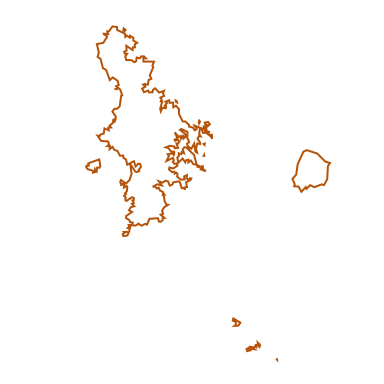 Aotea/Great Barrier Local Board Area, Auckland, New Zealand (orthographic projection), rotated 194°
{"feature_id": "76426892B55715625268474", "entity_name": "Aotea/Great Barrier Local Board Area", "entity_type": "district", "adm_level": 2, "iso_a3": "NZL", "parent_name": "New Zealand", "parent_adm1": "Auckland", "projection": "orthographic", "projection_center": [175.362, -36.123], "detail": "fine", "context": "isolated", "style": "outline", "palette": "amber", "viewbox_px": 384, "rotation_deg": 194, "n_neighbors": 0, "source": "geoboundaries", "source_scale": "gbopen_adm2", "svg_char_len": 6027}
<svg xmlns="http://www.w3.org/2000/svg" viewBox="0 0 384 384"><g transform="rotate(194 192 192)"><path d="M242.2,145.3L238.8,145.7L236.4,147.9L237.4,148.6L232.7,147.1L229.7,149.8L227.8,149.3L226.8,155.7L218.7,158.3L216.9,155.3L214.9,155.7L213.6,157.9L214.1,159.8L212.6,160.2L216.9,162.4L214.8,163.9L216.5,166.7L215.3,170.5L212.2,173.7L213.9,173.6L216.4,176.6L218.2,181.0L217.7,182.4L218.8,183.4L219.3,183.1L219.2,182.9L219.7,182.4L220.0,184.9L223.4,185.7L225.4,188.2L226.7,186.9L229.5,188.4L231.5,187.5L227.5,191.1L222.9,191.1L226.8,194.4L222.8,194.0L220.4,196.6L217.8,196.5L215.1,192.8L212.8,194.5L212.6,196.8L207.9,199.0L206.1,198.6L202.9,193.3L200.1,193.7L199.3,192.4L200.4,194.6L198.1,195.5L200.1,200.0L197.6,202.2L200.5,204.2L201.0,207.2L203.4,205.2L202.2,202.5L205.9,201.2L210.2,203.4L210.4,206.1L211.9,206.9L213.3,205.6L213.9,207.4L216.3,206.5L219.8,208.3L219.8,210.4L215.8,210.3L212.5,214.0L213.9,216.0L216.0,215.0L217.9,216.7L217.2,218.3L218.8,220.5L224.2,215.9L223.1,221.4L224.7,222.7L220.4,224.7L218.6,223.5L218.5,225.3L219.2,226.8L221.9,226.1L225.7,229.0L228.1,229.0L224.6,231.5L220.0,231.9L219.4,230.3L216.2,231.4L218.8,235.4L217.1,235.7L216.5,238.0L218.4,239.2L220.9,237.6L221.6,238.6L219.0,240.3L223.1,245.7L218.3,242.3L217.0,242.7L217.2,244.1L215.7,241.3L215.5,243.2L213.8,241.9L214.0,244.2L212.3,242.9L211.5,244.5L212.8,246.9L218.7,249.3L217.6,250.6L210.9,249.2L209.7,243.5L206.8,239.7L208.5,237.5L205.4,233.0L205.2,234.6L203.1,233.8L201.6,239.5L198.5,232.0L196.5,231.4L198.6,235.0L198.6,240.4L195.7,240.5L195.8,241.7L199.5,244.9L198.9,247.8L197.0,248.0L199.1,250.1L199.8,256.3L205.5,257.0L202.7,254.3L204.2,252.5L206.9,254.8L210.7,254.7L211.0,256.3L215.5,258.8L218.1,258.2L223.6,264.7L224.6,269.2L228.4,271.8L230.6,269.7L232.1,274.2L235.3,273.1L236.3,275.5L239.6,273.2L237.8,272.2L239.3,269.0L237.8,268.7L237.7,267.0L241.0,266.5L241.8,262.7L243.0,265.1L242.8,272.6L244.2,272.4L243.9,274.5L245.5,276.0L242.3,278.5L244.1,280.7L243.7,283.3L247.9,280.5L252.9,283.7L254.5,281.8L254.5,279.1L257.8,278.3L259.0,279.8L262.7,277.2L265.4,280.3L262.8,282.7L265.3,284.4L263.5,285.2L264.0,285.8L264.1,286.1L262.8,284.9L260.8,285.5L261.2,290.2L258.8,292.0L261.2,294.9L259.8,303.7L261.0,305.1L260.4,309.3L270.6,306.8L271.6,310.2L269.2,310.6L271.5,312.0L274.0,311.4L274.9,309.2L278.2,309.1L277.8,305.7L279.2,304.0L283.0,305.3L287.7,304.1L289.6,307.5L288.4,310.4L290.6,310.0L291.8,311.7L289.7,313.4L291.1,318.0L284.0,315.4L284.4,318.0L282.4,318.6L283.3,321.4L281.3,323.5L285.6,324.8L286.3,327.5L289.9,328.6L289.7,326.7L293.2,328.0L294.2,326.4L295.3,329.4L303.8,331.1L304.7,334.0L309.2,333.4L311.4,328.0L313.1,327.4L311.5,324.8L314.0,323.8L312.0,322.0L314.1,315.3L320.1,312.5L316.1,304.7L316.3,300.3L313.0,299.1L308.4,290.7L304.7,289.5L298.8,280.7L296.6,284.0L291.1,281.9L289.0,278.2L291.1,276.4L286.4,274.0L283.1,268.9L284.0,268.3L282.9,257.7L284.9,254.5L287.4,254.0L288.7,250.8L284.1,246.6L283.7,243.8L284.3,240.6L284.2,244.6L285.9,242.8L285.3,240.1L288.0,236.5L286.2,235.0L288.8,234.2L287.7,231.8L292.3,232.5L291.8,227.4L294.9,225.4L295.2,223.7L297.2,223.8L292.6,219.6L285.6,220.7L284.0,218.1L285.3,216.1L282.7,216.7L282.3,213.6L280.0,216.6L277.7,214.1L274.3,213.8L270.7,209.8L267.5,210.7L266.7,208.4L263.9,207.6L261.4,202.8L255.8,207.8L252.9,203.2L251.0,206.5L248.9,206.6L247.6,203.9L249.1,200.5L248.3,199.6L250.2,198.1L251.8,198.0L258.7,204.2L255.0,195.0L255.5,188.6L258.0,184.3L263.8,186.4L264.1,184.4L262.8,182.6L261.4,183.1L261.8,182.0L259.5,183.1L259.1,179.9L256.9,182.0L256.0,181.3L255.4,176.9L256.7,174.7L255.6,174.0L257.0,171.8L254.9,170.6L254.9,168.2L253.4,167.5L249.0,172.4L247.0,172.1L246.5,169.8L247.7,169.4L245.8,167.0L247.4,166.0L244.6,164.2L247.8,162.3L248.7,159.0L245.3,158.1L250.1,152.8L249.6,150.6L246.4,149.7L244.8,148.1L245.6,147.8L242.1,148.0L242.2,145.3ZM85.9,218.7L82.8,224.3L81.7,222.8L79.0,227.2L74.4,226.3L68.0,230.8L65.6,230.6L63.9,237.1L66.4,250.0L65.1,253.5L69.9,253.7L79.8,259.6L90.6,260.4L93.6,258.1L96.2,244.7L95.1,234.1L97.7,229.1L94.2,224.4L94.3,222.3L89.9,223.0L85.9,218.7ZM212.4,217.2L209.2,222.2L205.7,219.1L205.6,221.2L203.3,222.5L202.7,219.9L200.7,222.3L197.5,219.4L194.0,219.4L198.9,228.4L208.3,233.9L210.2,233.6L211.3,231.1L209.2,227.7L211.5,228.3L211.6,226.1L214.2,226.3L213.5,223.7L214.6,221.9L212.4,217.2ZM292.7,186.9L290.6,188.1L291.4,190.5L289.5,189.1L290.0,192.7L287.6,193.2L287.2,194.9L289.9,201.2L299.6,194.7L298.5,192.7L301.5,191.9L300.0,191.9L300.7,190.7L299.0,189.0L292.9,188.6L292.7,186.9ZM118.3,72.5L114.8,73.4L113.5,76.9L121.3,79.3L121.3,77.0L118.1,76.6L117.3,73.6L118.3,72.5ZM247.9,132.6L244.2,134.1L243.5,138.1L248.6,136.7L247.7,135.8L249.1,134.2L247.9,132.6ZM192.4,253.1L190.2,251.9L190.0,254.5L194.4,254.5L195.2,255.7L193.9,256.1L196.1,257.4L195.8,256.2L198.4,256.1L195.5,251.9L192.4,253.1ZM99.9,51.1L97.6,52.2L99.2,52.8L97.2,52.8L97.2,54.1L93.5,54.5L94.9,55.1L94.1,56.0L98.2,56.0L100.8,52.9L99.7,52.8L99.9,51.1ZM193.5,257.8L193.6,260.5L192.5,259.9L191.1,262.0L193.3,263.8L196.4,262.4L193.5,257.8ZM189.2,216.1L183.6,215.5L187.0,217.1L187.7,219.6L188.8,219.2L189.2,216.1ZM243.5,139.4L243.4,144.0L242.8,145.5L245.5,144.6L244.2,142.8L245.6,141.5L243.8,141.2L243.5,139.4ZM185.4,248.5L186.6,252.4L189.3,251.4L187.1,250.5L185.4,248.5ZM297.8,334.2L297.8,332.2L296.3,331.8L295.7,333.2L297.8,334.2ZM89.1,57.9L88.8,59.8L91.7,61.7L90.5,58.9L89.1,57.9ZM192.9,217.8L191.1,217.9L190.9,218.8L193.1,219.4L192.9,217.8ZM92.2,57.0L92.5,58.0L91.4,59.9L93.2,58.9L93.5,57.6L92.2,57.0ZM313.9,324.6L315.8,324.2L315.1,323.4L313.9,324.6ZM196.3,203.4L196.0,205.0L197.3,204.9L197.7,204.0L196.3,203.4ZM202.3,263.0L202.4,261.3L201.7,260.2L201.3,262.3L202.3,263.0ZM289.9,274.6L290.9,273.6L289.8,273.6L289.9,274.6ZM229.9,276.8L229.3,275.5L228.2,275.3L228.9,276.5L229.9,276.8ZM191.4,242.1L192.3,241.4L191.2,240.7L191.4,242.1ZM69.9,50.5L68.9,49.8L69.1,50.4L69.9,50.5ZM189.2,230.9L189.4,229.9L188.8,230.1L189.2,230.9ZM195.5,258.6L196.3,258.5L196.0,257.8L195.5,258.6ZM100.8,52.1L100.0,51.8L99.9,52.1L100.8,52.1ZM91.6,58.1L92.0,57.9L91.6,58.1Z" fill="none" stroke="#b45309" stroke-width="2"/></g></svg>